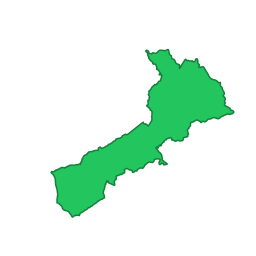 Araguaína, Tocantins, Brazil, rotated 324°
{"feature_id": "56859067B12286384319229", "entity_name": "Araguaína", "entity_type": "district", "adm_level": 2, "iso_a3": "BRA", "parent_name": "Brazil", "parent_adm1": "Tocantins", "projection": "orthographic", "projection_center": [-48.582, -7.252], "detail": "fine", "context": "isolated", "style": "filled", "palette": "green", "viewbox_px": 256, "rotation_deg": 324, "n_neighbors": 0, "source": "geoboundaries", "source_scale": "gbopen_adm2", "svg_char_len": 5971}
<svg xmlns="http://www.w3.org/2000/svg" viewBox="0 0 256 256"><g transform="rotate(324 128 128)"><path d="M26.6,146.9L27.5,147.8L27.8,148.5L27.7,149.1L28.1,150.3L28.1,151.3L28.4,152.0L28.4,152.6L27.7,154.6L27.8,156.3L28.4,157.4L29.0,157.8L29.1,158.3L30.1,159.3L30.8,161.0L30.8,164.1L31.0,164.6L30.6,165.8L30.6,167.0L31.0,167.6L32.2,167.4L34.6,168.0L35.4,168.8L36.2,169.1L37.2,170.2L39.0,169.0L40.1,169.0L41.8,169.3L44.3,169.2L47.1,169.6L49.1,169.2L50.1,169.8L52.8,169.7L53.2,170.0L54.3,169.6L55.3,169.8L56.0,169.7L58.8,170.0L60.0,169.5L61.2,169.8L63.9,169.8L65.6,170.5L67.2,170.4L67.8,170.7L68.5,169.9L69.0,168.8L69.9,165.7L71.3,164.6L71.5,164.0L72.8,163.7L75.4,161.3L75.7,160.8L76.9,160.5L77.2,159.8L78.7,159.4L79.1,158.7L79.7,158.3L80.3,158.8L80.7,159.7L80.0,160.4L80.7,162.3L81.5,163.2L83.1,166.3L83.7,166.3L84.2,165.7L85.3,163.5L86.6,162.6L87.1,162.4L87.8,162.6L88.5,162.4L88.7,161.8L90.3,160.2L90.8,160.0L91.7,160.5L92.9,160.7L93.7,161.1L94.5,160.9L95.2,161.8L96.7,162.0L97.7,161.5L98.8,162.3L100.0,161.0L100.3,159.8L100.9,159.6L102.2,159.7L103.1,160.0L103.6,160.5L104.6,162.9L105.6,163.7L106.3,164.8L105.8,165.9L105.7,166.6L106.1,167.0L107.6,167.2L108.6,166.9L109.1,167.1L109.8,167.9L110.4,167.8L110.7,167.4L111.3,167.1L113.9,167.4L115.0,168.0L116.0,169.0L116.5,169.2L117.2,169.2L119.8,168.0L123.2,167.7L125.1,168.0L125.6,168.3L127.5,170.3L129.0,170.3L130.2,169.4L131.3,169.1L133.9,170.3L135.1,171.6L135.3,172.6L134.3,173.4L132.9,174.0L132.5,174.5L132.0,176.0L132.9,176.6L134.3,176.3L134.9,176.4L135.5,177.5L135.3,178.3L135.4,179.1L136.4,179.4L138.0,180.1L138.6,180.1L138.0,177.7L137.5,177.1L137.3,176.4L137.5,175.8L137.2,175.3L137.0,173.8L137.3,173.2L138.0,172.8L138.1,171.9L139.4,169.7L139.4,167.1L138.9,165.4L138.9,164.0L138.8,163.3L139.0,162.8L138.9,160.6L139.7,160.2L140.4,160.7L140.2,161.4L140.5,161.7L141.0,161.8L142.1,160.6L142.6,161.0L143.3,161.2L143.8,160.8L144.1,161.5L144.6,161.7L144.8,160.7L145.4,160.9L147.6,160.3L149.0,160.4L149.3,159.8L149.9,159.9L150.6,159.6L151.5,159.6L152.1,160.0L152.4,159.4L155.3,160.2L155.8,160.6L156.5,160.5L156.8,161.1L157.1,161.5L157.1,162.5L156.6,162.8L156.4,163.4L156.9,163.7L157.0,164.2L157.5,164.4L158.4,166.4L158.9,166.8L159.7,166.8L160.8,167.3L161.8,168.1L162.6,169.2L164.3,169.8L164.7,170.3L165.4,170.1L167.1,168.6L169.5,169.2L170.7,170.0L171.3,170.0L172.7,168.4L173.3,168.5L174.5,165.2L175.3,164.3L177.1,164.0L177.8,163.4L179.3,163.1L179.9,162.8L181.9,160.4L183.7,161.2L184.5,161.4L188.5,161.8L190.2,165.1L190.1,166.2L190.5,166.6L192.0,166.5L192.8,166.8L193.7,168.2L195.7,168.5L197.5,167.9L198.1,168.0L200.5,169.4L201.8,169.3L202.3,169.5L203.9,170.2L205.6,172.7L206.5,173.6L207.0,173.8L211.2,173.7L211.8,174.2L213.6,174.3L214.7,174.8L216.0,174.8L216.7,175.1L218.4,176.9L219.7,177.2L220.8,177.8L222.7,177.5L223.2,176.8L223.2,176.2L222.7,175.2L221.6,173.9L222.0,172.9L222.0,172.1L221.5,170.8L221.5,170.2L221.0,169.8L220.6,168.6L220.0,167.7L219.6,166.1L220.5,165.2L221.5,164.8L221.8,163.0L223.4,162.0L224.1,161.2L224.2,159.9L224.0,159.3L223.9,158.1L224.3,157.6L225.8,157.2L226.3,156.5L226.9,154.7L226.8,153.6L227.1,152.2L227.8,150.9L227.7,147.5L228.7,146.7L229.4,145.5L228.1,144.5L227.7,143.9L227.7,142.8L227.1,141.0L224.7,138.0L224.0,136.3L223.8,133.7L224.3,132.1L225.0,122.9L223.2,121.6L221.9,121.5L221.2,120.8L221.4,119.9L222.3,119.5L222.8,118.9L222.9,118.4L222.6,116.8L222.8,116.2L224.2,114.3L224.5,113.1L224.4,112.5L223.9,112.2L223.4,112.2L222.4,112.6L221.7,113.3L220.9,113.4L220.1,113.2L219.7,112.6L219.5,111.5L218.0,110.6L217.1,109.8L216.4,108.6L215.7,108.4L215.1,107.8L215.1,106.8L214.8,106.2L214.1,106.3L204.4,110.3L206.6,107.6L206.7,106.9L206.1,106.2L205.0,104.2L205.0,102.7L205.5,101.4L205.6,100.1L205.5,99.4L204.4,98.0L204.4,97.1L205.5,95.1L205.0,93.8L204.9,93.1L205.4,91.8L205.4,91.2L206.6,89.0L206.7,88.3L206.0,87.8L203.8,87.4L202.8,86.7L201.9,85.7L201.3,85.4L199.7,83.9L198.0,83.6L196.3,84.1L194.9,84.1L193.9,83.5L192.5,82.0L191.9,81.6L191.3,81.9L190.6,81.8L189.5,80.8L189.2,80.1L189.0,79.3L189.5,78.7L189.6,77.2L188.6,75.9L187.8,76.1L187.4,76.7L187.7,77.4L187.8,78.5L187.6,79.2L186.8,80.8L186.4,83.1L185.8,83.5L185.9,86.7L186.6,89.8L185.9,90.4L186.1,91.2L187.7,92.5L187.8,93.3L187.4,94.0L187.1,95.7L185.8,97.2L185.8,97.7L186.3,97.8L186.4,98.6L186.6,99.3L186.4,103.1L185.7,102.7L185.1,102.7L184.7,103.1L184.9,103.8L186.1,104.6L186.2,105.8L184.8,106.4L184.5,107.0L182.8,108.1L182.2,108.8L181.6,109.0L180.3,108.3L178.3,109.2L177.2,109.2L176.6,109.6L175.0,108.5L174.4,108.9L173.0,108.8L171.8,109.2L171.3,109.0L169.7,110.0L168.6,110.1L167.6,110.7L166.7,110.4L166.3,110.8L165.6,112.1L165.2,112.5L164.1,112.9L163.9,115.2L163.3,115.8L162.7,116.0L162.4,116.9L161.5,117.6L160.6,117.3L160.1,117.6L158.6,120.2L158.1,120.7L157.2,121.0L156.6,120.7L156.1,121.1L157.2,125.4L156.5,126.3L157.1,127.7L157.0,128.9L155.2,131.4L153.7,132.8L153.1,134.3L151.3,136.1L146.6,138.0L145.6,138.2L145.3,137.6L145.3,136.6L144.6,134.9L143.5,134.5L143.4,133.7L143.6,132.3L142.5,132.2L124.0,133.0L123.0,132.7L122.3,131.5L118.6,131.0L117.7,131.6L115.7,131.6L113.7,130.5L111.7,130.0L110.9,130.6L110.2,130.7L109.6,130.7L108.7,130.2L105.7,130.7L105.3,130.3L103.7,130.5L103.4,130.1L103.0,129.9L102.4,129.8L101.8,130.1L100.5,130.2L99.2,129.8L97.7,129.9L96.6,129.5L95.3,129.4L94.9,129.1L94.5,128.6L94.5,127.5L94.2,127.1L93.6,126.8L92.2,126.9L91.2,128.2L90.6,128.6L89.7,127.7L88.6,127.0L87.6,126.7L86.6,126.2L85.8,126.3L84.5,125.6L84.0,125.1L81.8,124.3L79.9,125.0L79.3,124.8L78.0,125.1L77.7,124.8L76.9,124.6L75.3,124.8L74.1,125.6L72.8,126.0L72.3,126.4L72.3,126.9L71.5,127.2L71.1,127.8L70.3,128.1L69.7,128.0L69.0,128.3L68.3,129.4L67.7,129.1L67.4,128.6L66.9,128.3L65.8,128.3L64.8,127.3L62.7,126.7L61.3,125.4L58.9,123.9L53.1,123.0L52.9,122.4L50.9,120.8L49.6,120.9L48.6,120.4L48.0,120.6L46.6,120.3L46.0,120.0L45.0,120.0L44.5,119.6L43.8,119.6L43.2,119.9L41.6,119.3L40.7,118.4L39.7,118.7L39.7,119.6L40.1,121.8L39.7,125.2L38.9,127.0L36.2,131.2L34.6,135.7L32.1,140.4L28.3,144.4L26.6,146.9Z" fill="#22c55e" stroke="#15803d" stroke-width="1.5"/></g></svg>